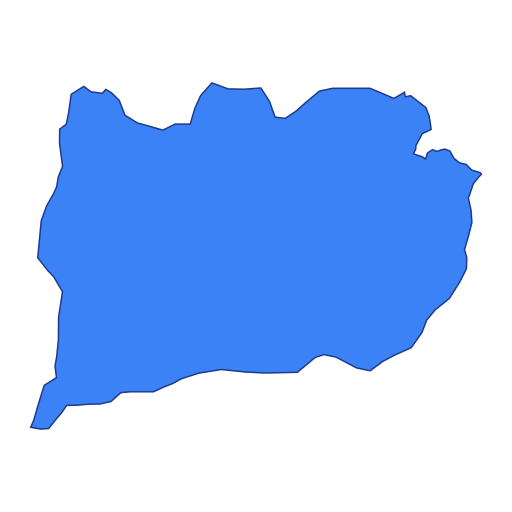 Zoopigi, Limassol, Cyprus
{"feature_id": "46923920B29369326831274", "entity_name": "Zoopigi", "entity_type": "district", "adm_level": 2, "iso_a3": "CYP", "parent_name": "Cyprus", "parent_adm1": "Limassol", "projection": "equal_earth", "projection_center": [33.004, 34.864], "detail": "fine", "context": "isolated", "style": "filled", "palette": "blue", "viewbox_px": 512, "rotation_deg": 0, "n_neighbors": 0, "source": "geoboundaries", "source_scale": "gbopen_adm2", "svg_char_len": 1634}
<svg xmlns="http://www.w3.org/2000/svg" viewBox="0 0 512 512"><path d="M404.5,92.3L393.9,98.4L370.1,88.3L352.2,88.3L332.5,88.3L319.4,91.1L311.0,98.1L304.6,103.5L296.5,110.8L285.2,118.4L275.1,117.1L269.6,101.6L260.9,88.0L244.1,89.2L228.1,88.9L211.9,82.9L200.6,95.6L194.8,108.5L190.2,124.1L177.5,124.1L175.1,124.1L162.9,130.1L137.1,122.8L125.0,115.2L119.2,100.3L111.4,92.7L105.8,89.4L102.3,93.3L91.0,91.8L83.8,86.4L71.2,94.3L68.6,112.9L66.2,124.3L59.7,129.1L59.5,143.5L62.6,166.4L58.2,177.1L56.7,186.7L53.7,193.4L46.7,205.7L41.2,220.9L39.2,242.5L37.7,257.7L47.9,270.7L53.7,276.7L62.5,291.7L61.0,301.4L58.6,317.2L58.4,339.5L56.7,356.5L55.0,366.1L56.5,377.6L44.3,385.3L41.5,394.0L38.0,405.4L33.9,419.8L31.9,424.5L30.7,427.3L40.9,429.1L48.7,428.5L55.6,419.8L61.5,412.9L66.7,405.4L77.5,405.2L87.7,404.2L100.1,404.0L111.0,401.5L120.9,392.6L130.5,391.8L142.2,391.8L153.5,391.8L163.5,387.1L172.4,383.7L181.3,378.8L198.4,373.2L221.5,369.5L245.2,372.0L264.7,373.0L297.4,372.3L315.1,357.5L323.8,354.6L336.0,357.1L356.5,367.9L370.2,370.8L382.9,361.3L395.1,354.9L411.3,347.6L422.0,332.4L426.7,320.1L435.1,309.9L449.3,298.5L459.7,282.1L466.4,268.8L466.7,261.8L466.7,257.1L464.5,249.7L468.6,235.5L471.9,222.5L471.0,209.8L468.8,200.0L468.3,197.9L469.6,194.7L473.3,183.8L478.8,177.0L481.3,174.4L480.6,172.9L478.1,172.0L471.8,170.1L466.1,164.4L459.5,162.8L453.9,158.3L450.0,151.1L445.0,149.1L440.9,149.9L437.2,151.4L432.4,149.7L427.5,153.0L425.5,159.0L422.3,156.8L413.4,153.8L415.8,149.0L415.8,145.9L422.3,133.6L431.1,129.5L430.3,122.8L429.0,115.6L425.8,107.5L410.7,95.7L405.2,96.8L404.5,92.3Z" fill="#3b82f6" stroke="#1e3a8a" stroke-width="1.5"/></svg>